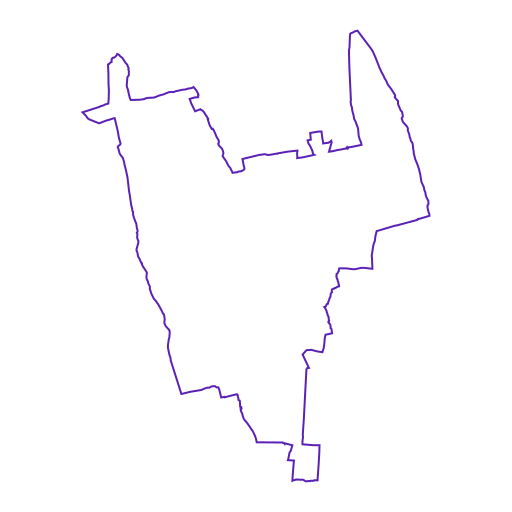 Pogana, Vaslui, Romania (Mercator projection)
{"feature_id": "2599482B64640023243271", "entity_name": "Pogana", "entity_type": "district", "adm_level": 2, "iso_a3": "ROU", "parent_name": "Romania", "parent_adm1": "Vaslui", "projection": "mercator", "projection_center": [27.562, 46.333], "detail": "fine", "context": "isolated", "style": "outline", "palette": "violet", "viewbox_px": 512, "rotation_deg": 0, "n_neighbors": 0, "source": "geoboundaries", "source_scale": "gbopen_adm2", "svg_char_len": 6002}
<svg xmlns="http://www.w3.org/2000/svg" viewBox="0 0 512 512"><path d="M319.5,445.2L313.4,445.2L302.5,444.3L302.4,442.8L302.7,439.0L303.0,437.6L302.8,434.5L303.8,419.4L306.4,369.8L306.5,369.3L306.9,368.3L307.4,368.1L308.9,367.9L302.6,354.5L306.4,350.3L307.5,350.0L308.7,350.1L311.2,349.8L317.2,351.4L322.4,352.2L323.6,348.5L324.3,343.8L324.7,338.8L325.0,336.8L325.6,334.7L332.1,333.3L331.7,330.8L331.7,330.1L331.3,328.7L330.6,328.2L330.5,325.7L330.0,324.1L329.3,323.6L328.4,322.2L328.9,321.7L328.6,321.2L329.1,320.5L328.7,319.1L328.6,316.9L327.7,315.3L327.4,313.7L326.9,312.5L326.5,310.8L325.6,308.9L324.3,307.0L325.8,306.4L326.7,304.2L327.9,303.8L328.4,301.5L329.1,300.1L329.5,298.3L330.4,296.8L330.8,293.6L332.0,292.1L332.0,291.8L331.7,291.2L331.9,289.5L333.2,288.8L334.1,288.7L334.7,288.0L335.5,288.0L337.4,286.7L338.7,286.6L339.1,286.3L338.9,284.8L338.4,283.5L338.4,282.3L337.7,280.9L337.6,279.5L336.8,278.5L336.6,276.8L336.3,276.3L336.6,275.2L336.5,274.1L337.7,273.1L338.0,272.1L338.6,271.5L339.2,268.4L341.8,268.3L346.6,268.4L352.8,269.2L355.2,269.2L361.0,267.9L364.5,267.9L372.4,268.8L372.0,258.2L371.7,255.9L373.2,246.0L373.8,243.5L374.8,241.2L375.4,236.2L376.7,231.1L395.6,225.5L396.5,225.5L416.9,220.0L417.7,219.6L417.8,219.0L420.5,218.5L429.5,215.8L429.3,213.8L428.4,211.7L427.5,207.6L427.5,205.4L428.2,204.7L428.5,203.7L428.3,200.8L426.5,197.5L425.8,195.4L425.3,192.3L424.4,190.3L423.9,187.4L421.4,181.8L420.2,174.2L418.8,168.5L417.2,163.9L415.2,159.1L413.7,153.0L413.7,151.5L413.2,149.1L412.7,143.8L411.9,142.1L410.8,140.8L410.6,139.3L409.6,136.7L409.3,134.5L407.8,130.4L407.9,128.4L407.0,126.5L403.0,122.1L401.7,118.7L401.7,118.2L402.8,116.7L402.8,116.0L402.3,112.9L401.9,111.6L400.8,110.6L398.2,104.6L397.9,103.1L398.0,102.8L398.1,101.1L396.0,98.9L394.7,97.1L395.2,96.2L395.1,95.1L391.0,88.7L387.9,84.7L386.1,80.6L384.5,78.1L383.6,75.9L381.4,71.9L379.5,67.7L375.8,58.2L372.9,51.6L371.2,48.9L357.5,30.7L354.9,31.3L353.1,32.4L350.8,33.3L350.2,33.8L349.9,36.8L349.5,47.4L349.0,50.1L349.0,54.0L349.4,68.1L350.9,100.3L350.6,101.7L351.0,104.7L352.1,108.1L352.0,109.0L352.7,112.3L353.6,115.5L354.1,118.9L355.3,121.0L357.6,127.1L358.1,128.9L358.7,135.9L359.7,139.4L360.5,141.1L361.2,143.0L361.5,144.9L350.3,147.2L347.6,147.3L347.9,148.5L347.6,148.7L347.1,148.7L346.8,147.6L346.4,148.2L344.7,148.8L336.8,150.2L333.3,151.1L329.0,151.7L331.6,142.5L331.3,140.8L330.1,141.8L328.2,142.8L323.2,143.4L323.3,143.0L322.3,138.0L321.5,131.5L318.1,131.6L310.2,133.0L310.8,139.7L307.6,140.4L308.4,143.4L309.4,144.8L310.8,147.4L312.4,150.9L312.7,152.6L313.0,153.5L313.4,154.2L314.3,154.8L303.1,157.3L297.2,158.1L297.3,156.9L297.1,153.6L297.4,150.6L288.1,151.6L277.6,153.4L277.1,153.8L276.5,153.6L270.7,154.7L267.9,155.0L265.0,154.2L262.7,154.4L260.6,154.9L260.1,154.7L242.5,159.0L243.5,164.5L244.5,168.8L243.8,169.8L241.4,171.2L238.4,171.6L237.3,172.2L232.5,172.8L232.2,171.7L230.8,169.3L230.7,168.6L229.7,167.2L228.6,166.1L226.1,161.2L222.7,156.3L222.7,155.6L223.4,153.4L223.3,152.3L222.4,149.5L222.0,148.7L219.4,146.0L218.4,144.5L218.2,143.8L218.9,142.6L218.7,140.5L216.5,136.7L214.7,132.3L213.8,130.4L212.7,128.7L211.8,129.0L209.7,125.4L207.7,119.2L208.2,118.9L206.9,116.7L205.2,114.2L204.2,112.5L202.4,110.5L200.8,109.8L200.4,109.2L195.1,111.3L191.3,103.5L189.7,98.9L195.3,97.3L198.0,97.3L198.2,97.1L198.1,94.6L198.4,94.6L198.3,94.1L196.4,90.5L193.9,87.4L193.5,87.0L192.9,87.5L191.3,88.2L188.5,88.5L185.3,89.5L182.7,89.7L175.5,91.3L173.6,92.1L172.2,91.9L168.8,92.2L163.4,94.4L158.7,95.7L155.9,96.9L153.6,97.6L147.7,97.9L145.4,98.4L144.8,98.9L143.7,99.2L139.9,99.7L130.8,100.0L129.9,98.2L128.6,93.1L128.0,89.8L126.8,86.6L126.8,84.4L127.4,77.2L128.8,75.3L128.9,70.9L128.3,69.6L128.7,68.6L127.2,64.6L125.6,62.9L122.4,57.9L120.3,56.4L119.0,54.8L117.2,54.0L116.5,55.5L115.1,57.0L114.1,57.6L112.9,57.7L111.8,58.8L111.6,60.2L111.6,62.0L110.4,62.5L109.4,63.7L108.0,64.5L108.4,73.4L108.5,83.6L108.9,90.4L108.7,98.6L108.3,103.6L105.1,104.5L102.5,105.8L101.7,105.8L98.5,107.2L82.5,112.3L86.0,115.8L87.7,118.3L89.3,119.4L98.8,123.2L99.7,123.1L106.7,120.4L109.2,119.8L113.2,118.4L114.7,118.2L117.8,131.2L118.8,137.3L120.5,143.3L120.4,144.2L120.2,144.5L118.0,146.4L117.8,146.8L117.8,147.4L118.6,149.3L119.6,153.4L120.7,155.2L122.7,157.6L124.1,162.0L124.5,164.7L125.9,169.9L127.5,177.5L129.0,190.7L129.7,194.6L131.3,205.7L132.1,208.3L132.4,210.8L133.0,211.7L133.1,214.9L134.3,218.7L136.3,223.8L136.8,227.7L137.6,230.8L137.5,231.8L136.8,232.8L137.3,233.8L137.4,234.6L137.1,237.2L137.6,239.4L138.4,241.0L138.2,243.3L136.5,249.3L136.6,250.8L137.4,252.5L137.9,255.6L138.2,256.7L139.5,258.8L140.3,260.8L141.3,262.9L142.0,263.3L141.8,264.2L143.2,266.9L145.8,270.7L146.9,272.7L146.5,276.2L146.5,278.4L148.0,281.7L148.2,283.0L148.7,284.2L149.5,285.6L149.9,287.1L149.8,288.8L151.4,293.7L153.9,298.8L156.0,301.1L157.3,303.2L158.1,304.1L161.6,310.5L163.0,313.6L163.8,314.2L164.3,316.3L164.7,319.3L164.4,322.2L164.4,323.2L165.9,326.5L166.7,327.2L167.9,328.6L168.8,329.4L169.6,331.0L169.7,332.9L169.4,337.1L168.8,339.3L168.0,344.7L167.9,347.5L169.5,355.2L170.5,357.8L170.7,360.4L181.4,394.0L190.2,391.8L201.3,390.0L203.9,388.8L207.2,387.7L209.4,387.7L211.2,386.5L214.1,386.1L215.0,386.2L216.4,387.3L218.4,387.4L219.3,389.8L221.2,397.5L224.5,396.8L224.7,397.3L236.7,394.2L236.9,394.8L237.7,395.1L238.0,397.2L238.3,397.8L238.5,400.0L239.7,400.6L239.9,401.5L240.1,406.4L240.4,407.1L240.9,406.9L241.2,407.0L241.5,408.5L241.3,409.2L240.6,409.3L240.9,410.8L241.2,411.7L242.2,413.5L242.6,415.5L243.9,419.1L247.5,423.5L252.9,431.4L255.0,435.9L256.0,438.8L256.7,442.3L282.7,442.5L282.9,442.9L284.3,443.4L284.7,443.9L284.9,443.3L292.4,445.3L290.7,451.0L289.7,452.2L289.5,452.8L288.3,458.9L287.9,460.2L293.9,460.5L292.6,476.8L292.4,480.8L294.4,480.0L295.0,480.0L296.1,479.4L297.0,479.7L298.3,479.5L300.5,479.8L302.1,479.6L303.6,480.0L305.6,481.3L306.0,481.3L309.3,481.0L310.0,481.2L311.0,480.7L312.6,480.9L313.5,480.5L314.3,480.6L314.8,480.2L317.5,480.4L318.6,464.9L319.3,452.7L319.5,445.2Z" fill="none" stroke="#5b21b6" stroke-width="2"/></svg>